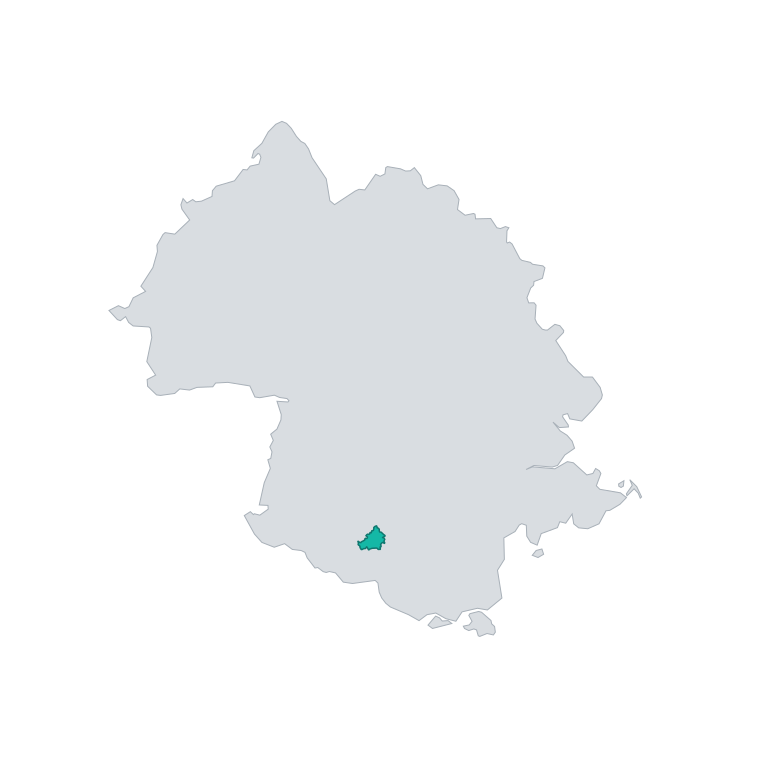 Germany, with Berlin highlighted, rotated 128°
{"feature_id": "DEU-1599", "entity_name": "Berlin", "entity_type": "State", "adm_level": 1, "iso_a3": "DEU", "parent_name": "Germany", "parent_adm1": "", "projection": "orthographic", "projection_center": [13.385, 52.503], "detail": "fine", "context": "in_parent", "style": "filled", "palette": "teal", "viewbox_px": 768, "rotation_deg": 128, "n_neighbors": 0, "source": "natural_earth", "source_scale": "10m", "svg_char_len": 6046}
<svg xmlns="http://www.w3.org/2000/svg" viewBox="0 0 768 768"><g transform="rotate(128 384 384)"><path d="M331.4,638.0L315.9,626.9L301.7,627.1L299.6,623.7L294.7,623.6L287.8,617.9L281.2,620.5L279.5,623.4L279.9,625.2L286.3,625.9L287.1,627.4L280.3,630.2L269.5,628.4L256.6,630.4L246.0,629.2L239.9,626.1L238.6,621.3L239.6,614.5L242.8,605.5L244.0,598.9L243.2,594.5L245.2,588.2L250.0,580.0L257.9,555.8L272.9,539.5L273.1,533.4L249.7,525.5L245.9,523.5L242.9,518.6L223.9,519.7L222.7,514.9L217.9,512.6L212.4,515.8L210.6,515.2L204.3,503.5L202.9,498.1L199.8,494.5L194.8,493.3L197.2,483.3L202.7,476.2L203.4,469.9L193.6,463.8L189.0,456.2L188.5,447.8L192.4,438.5L201.3,433.5L201.1,424.0L194.5,418.4L194.2,416.8L197.5,413.5L187.9,401.8L191.4,391.3L189.9,388.0L185.2,385.2L184.0,381.8L187.6,381.4L196.6,374.9L197.0,373.7L194.8,372.4L194.8,369.3L201.6,354.2L201.7,351.5L198.0,343.4L198.2,340.7L193.1,331.5L193.4,328.7L203.2,324.2L210.9,328.9L214.1,326.9L218.0,327.5L228.0,324.5L231.0,319.9L227.6,315.7L228.3,312.7L239.8,305.0L242.0,300.9L243.4,293.0L242.2,290.2L240.9,288.4L231.8,286.1L229.8,281.3L231.2,275.3L232.9,274.3L244.0,275.4L249.9,258.2L253.0,252.9L255.6,231.0L250.2,224.0L253.6,211.6L258.2,205.2L261.6,203.6L275.8,203.7L291.4,205.3L297.1,216.1L294.3,221.1L298.0,223.9L299.9,223.1L302.9,213.6L304.3,212.2L310.4,219.0L310.0,227.4L312.5,216.2L311.7,208.2L313.2,200.6L317.3,194.3L328.6,197.8L341.3,197.1L345.9,200.3L355.9,215.7L363.9,219.4L357.8,215.9L345.6,197.1L332.3,191.7L329.5,186.3L330.8,168.2L325.9,164.3L320.3,165.2L319.8,161.0L321.0,158.0L333.5,154.0L334.1,149.1L324.2,130.7L324.2,123.0L333.5,124.0L344.6,128.3L347.2,131.0L361.8,128.5L372.6,134.3L377.5,142.0L377.4,148.4L370.6,155.7L381.8,155.1L384.3,160.7L390.4,158.9L405.1,168.0L416.7,164.1L418.5,171.0L416.0,177.8L407.7,184.9L409.3,189.5L411.9,190.6L419.5,189.9L431.5,194.8L448.1,181.2L460.9,179.9L480.1,159.3L498.4,163.4L503.2,172.3L515.5,182.2L526.7,181.3L530.8,190.7L532.6,202.2L539.3,208.1L548.9,210.7L550.7,222.7L555.8,241.7L555.7,247.5L554.0,254.1L551.0,259.6L544.6,266.2L544.2,270.0L560.6,286.0L565.2,294.1L562.7,305.9L565.4,311.6L568.1,313.5L569.3,316.4L569.4,323.2L571.5,325.1L568.3,337.5L565.3,342.6L566.3,346.9L570.8,354.4L571.0,364.0L580.2,370.0L584.0,382.7L582.0,393.7L573.7,413.1L566.9,410.7L567.3,406.5L566.1,406.3L563.8,401.1L553.9,398.2L551.1,400.7L556.1,407.8L535.5,417.6L520.5,421.6L515.2,428.9L512.4,427.4L506.4,430.5L503.9,435.2L496.6,436.5L493.3,442.4L485.4,440.6L475.8,443.1L471.4,446.1L463.5,457.7L457.3,448.6L455.7,448.6L455.2,451.5L458.9,458.0L460.3,463.5L471.3,473.5L473.7,477.7L468.1,488.5L478.8,508.0L486.9,517.3L491.6,517.2L501.8,529.3L508.5,533.5L513.6,541.9L520.3,543.1L530.6,553.1L532.6,556.5L531.3,568.9L526.3,573.4L517.6,569.4L512.4,584.7L490.3,595.6L483.8,602.3L483.8,604.4L492.7,617.4L492.7,623.1L490.0,629.1L496.4,630.7L497.4,633.7L495.4,646.0L485.8,641.5L484.1,634.7L480.1,632.6L470.5,634.7L457.8,628.9L456.6,635.8L434.5,637.8L419.1,644.1L414.5,648.3L402.4,650.2L399.5,649.7L394.7,641.1L374.4,638.1L370.6,650.9L367.8,654.4L361.6,656.5L362.7,650.7L356.4,648.3L356.3,644.5L352.3,640.4L342.1,635.0L337.3,638.2L331.4,638.0ZM526.1,165.4L527.1,170.0L526.0,172.4L521.4,168.5L516.8,168.5L514.1,174.7L512.1,174.9L505.0,169.4L503.8,166.6L504.5,154.1L506.7,151.5L507.0,147.6L511.0,143.5L514.4,143.3L517.2,149.2L523.9,153.1L524.4,154.7L520.8,159.7L521.7,162.4L526.1,165.4ZM546.8,195.3L546.9,200.9L535.1,200.4L534.1,196.2L534.9,192.2L531.0,187.8L531.0,183.1L546.8,195.3ZM311.0,126.0L308.1,131.4L309.3,121.6L314.4,111.5L316.2,111.8L313.5,116.5L312.6,122.4L322.5,123.7L321.3,125.4L311.0,126.0ZM427.7,161.7L421.5,161.6L416.8,158.0L419.9,153.4L425.9,155.8L427.7,161.7ZM320.0,136.0L318.3,137.6L312.5,135.4L317.1,132.5L319.6,133.5L320.0,136.0Z" fill="#d9dde1" stroke="#a8b0b8" stroke-width="1"/><path d="M516.6,285.2L516.8,285.3L516.9,285.6L517.1,285.8L517.7,286.4L517.8,286.6L517.9,286.9L517.8,287.5L517.7,287.9L517.7,288.2L517.8,288.6L517.9,288.9L520.7,292.1L521.6,292.8L522.1,293.0L522.5,293.4L523.1,293.7L524.0,293.8L524.1,294.3L523.1,296.7L523.0,297.2L523.1,297.4L524.8,297.3L525.3,297.5L526.1,298.6L527.8,299.3L528.1,299.6L528.4,300.0L528.4,300.4L528.1,300.6L527.9,301.0L527.9,301.6L527.8,301.9L527.7,302.1L527.0,302.8L526.8,302.9L526.7,303.2L526.5,303.6L526.5,304.1L526.6,304.7L526.6,305.0L526.5,305.3L526.4,305.5L526.2,305.7L526.1,305.8L525.2,306.1L524.9,306.3L524.3,307.5L523.9,307.5L523.9,307.4L523.9,307.2L523.8,306.2L523.6,305.2L523.4,304.8L523.2,304.6L522.7,304.7L521.4,304.3L520.6,303.8L519.0,303.2L518.6,303.2L518.4,303.3L518.2,303.5L517.9,303.7L517.6,303.7L517.1,303.6L516.9,303.5L516.8,303.3L516.7,303.0L516.4,302.6L516.2,302.4L515.6,302.4L515.0,302.7L514.8,302.8L514.7,302.9L514.6,303.0L514.6,303.4L514.6,303.6L514.7,304.0L514.7,304.4L514.6,304.8L513.3,304.8L512.5,304.5L512.3,304.3L512.1,303.8L511.6,303.4L511.4,303.1L511.2,303.0L510.8,303.1L509.8,303.5L509.7,303.5L509.5,303.4L509.3,302.8L509.1,302.5L508.9,302.5L508.7,302.7L507.5,303.1L507.3,303.2L507.1,303.2L506.7,302.8L506.2,302.4L505.9,302.3L505.6,302.3L503.9,303.2L503.7,303.3L503.5,303.6L503.3,303.7L503.2,303.7L501.7,303.4L501.3,303.2L500.6,302.7L500.4,302.5L500.4,302.4L500.5,302.2L500.9,301.7L501.0,301.6L501.0,301.4L501.1,301.1L501.3,300.8L501.5,300.7L501.3,300.2L501.2,300.0L501.2,299.6L501.2,299.4L501.2,299.0L501.3,298.6L501.4,298.4L501.5,298.2L501.9,297.9L502.1,297.8L503.2,296.5L503.2,296.3L503.2,296.1L502.5,294.9L502.7,292.9L502.8,291.9L502.9,291.3L502.8,290.9L502.7,290.6L502.8,290.4L502.8,290.2L503.0,289.7L503.3,289.6L503.6,289.7L505.4,290.5L505.8,290.5L505.8,290.3L505.7,290.2L505.6,289.8L505.5,289.7L505.5,289.3L505.5,289.1L505.5,288.9L505.9,287.8L506.1,287.7L507.3,287.5L507.7,287.3L508.1,286.9L508.3,286.5L508.5,286.2L508.6,285.8L508.7,285.7L508.8,285.6L509.3,285.6L509.4,285.8L509.3,286.0L509.4,286.3L509.5,286.5L509.4,287.1L509.5,287.3L509.7,287.5L510.4,287.8L512.0,287.9L512.4,287.9L512.7,287.8L512.8,287.6L512.8,287.4L513.1,287.0L514.0,286.2L514.9,286.7L515.0,286.7L515.3,286.3L515.4,286.1L516.4,285.2L516.6,285.2Z" fill="#14b8a6" stroke="#0f766e" stroke-width="1.5"/></g></svg>